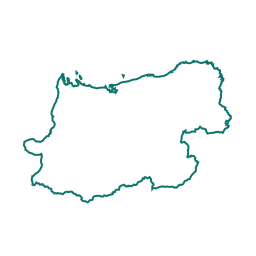 Bolaang Mongondow, Sulawesi Utara, Indonesia (Robinson projection), rotated 11°
{"feature_id": "22746128B99982169683342", "entity_name": "Bolaang Mongondow", "entity_type": "district", "adm_level": 2, "iso_a3": "IDN", "parent_name": "Indonesia", "parent_adm1": "Sulawesi Utara", "projection": "robinson", "projection_center": [124.032, 0.721], "detail": "fine", "context": "isolated", "style": "outline", "palette": "teal", "viewbox_px": 256, "rotation_deg": 11, "n_neighbors": 0, "source": "geoboundaries", "source_scale": "gbopen_adm2", "svg_char_len": 5744}
<svg xmlns="http://www.w3.org/2000/svg" viewBox="0 0 256 256"><g transform="rotate(11 128 128)"><path d="M193.0,48.0L192.7,47.3L190.4,49.0L187.3,50.3L184.1,50.0L183.0,49.3L181.7,50.0L179.6,49.6L179.6,50.5L179.1,50.2L177.9,51.8L175.8,52.8L173.2,52.8L172.4,51.9L171.8,52.3L171.1,53.5L170.5,53.6L169.5,52.9L167.3,54.2L167.2,54.8L166.4,54.7L165.5,56.4L164.9,56.7L164.8,57.3L164.2,57.4L164.3,58.8L163.5,59.3L163.0,60.3L163.4,60.8L162.8,61.7L159.0,64.8L159.5,65.0L158.5,65.2L155.8,68.3L153.1,70.1L148.1,71.9L144.4,72.5L143.6,72.3L142.5,71.5L141.2,71.9L141.8,71.1L138.1,71.6L137.9,71.9L138.7,71.7L137.8,72.6L137.8,72.0L137.1,71.9L130.9,75.3L130.7,75.9L127.3,78.4L123.4,79.7L119.7,82.0L113.0,84.4L108.7,87.8L107.2,88.3L102.6,89.0L102.0,89.7L102.1,90.6L102.6,90.1L103.6,90.6L103.9,90.3L104.9,90.5L104.4,91.3L105.4,92.3L105.3,93.0L107.6,91.5L107.8,93.1L110.1,93.2L109.3,95.5L109.1,95.2L107.6,95.7L105.6,94.9L105.1,95.7L103.8,96.3L103.3,95.9L102.8,94.0L102.4,93.9L101.9,94.7L101.2,94.7L100.9,94.1L98.8,92.8L98.9,92.4L98.0,91.3L97.4,92.8L94.7,93.2L89.8,95.0L84.4,94.7L82.3,93.3L81.7,93.3L81.3,94.3L76.8,94.5L76.3,94.2L76.3,93.3L74.7,94.1L74.1,93.5L73.0,93.3L71.7,91.8L68.0,90.3L67.9,90.8L68.3,90.8L68.9,92.1L71.0,94.2L71.1,95.5L70.6,96.1L69.9,96.1L69.3,96.6L67.6,96.6L67.2,97.4L66.5,97.5L65.5,97.0L65.1,96.0L64.6,95.7L64.0,94.6L62.5,95.3L60.9,92.8L60.6,91.3L59.4,90.5L58.9,91.0L59.8,92.2L59.7,93.3L61.5,95.3L61.0,95.4L60.5,96.5L60.1,96.1L59.2,97.2L58.6,96.9L58.3,97.3L56.6,96.0L57.0,95.3L56.9,93.8L56.6,93.6L56.5,94.2L55.5,94.1L55.3,93.2L56.0,91.9L55.5,90.8L55.4,91.6L54.4,92.2L54.1,89.6L54.4,87.7L53.4,87.5L53.0,88.4L53.2,89.3L51.1,92.8L50.3,96.3L50.6,97.8L50.2,101.7L51.5,102.8L53.0,106.4L53.2,111.7L52.6,112.5L52.3,116.1L51.4,118.6L49.9,126.7L50.3,129.0L50.9,130.2L52.4,130.9L51.8,132.2L52.6,135.2L54.0,136.1L55.4,138.1L55.3,140.0L54.6,141.8L53.1,142.9L52.3,145.2L52.9,145.5L52.6,146.2L53.1,146.6L52.6,147.4L52.9,148.3L52.2,148.3L51.7,149.5L51.7,151.1L49.6,151.7L49.2,152.8L47.5,154.8L47.1,156.4L45.0,158.2L40.0,158.7L38.2,157.4L36.9,156.9L34.0,157.9L31.6,159.3L28.9,161.5L29.2,165.1L31.0,166.8L31.5,169.1L32.9,169.4L35.5,171.0L39.0,171.3L41.3,172.2L46.4,171.1L47.7,169.9L48.1,170.2L48.3,171.5L48.9,172.0L48.7,176.4L49.7,179.4L50.5,180.2L50.6,182.4L49.4,186.3L48.2,188.4L45.4,191.1L44.4,193.1L43.2,193.6L43.4,195.7L43.2,196.9L45.0,200.5L45.0,201.9L46.1,202.2L47.1,201.9L48.5,199.0L49.8,199.8L50.6,199.4L51.5,199.5L52.4,200.5L54.8,199.4L55.5,200.4L56.9,200.6L57.7,201.6L60.2,200.8L61.9,202.3L64.2,202.3L65.1,204.7L67.7,205.7L68.2,206.3L68.9,205.8L70.5,206.0L71.2,205.3L73.5,205.5L74.3,205.0L76.6,205.5L78.4,203.1L79.8,202.3L81.3,202.3L84.9,201.1L85.9,202.0L86.6,202.0L87.1,202.8L88.8,202.7L89.3,203.2L90.1,203.3L90.3,203.9L91.8,204.0L92.6,203.4L93.4,203.4L96.1,205.4L95.8,207.1L97.3,208.1L98.9,208.3L100.1,208.0L102.2,208.7L103.0,208.4L104.4,206.1L106.6,205.5L107.0,204.3L107.0,202.7L107.5,201.8L110.0,200.6L113.1,200.0L115.1,200.3L117.0,199.9L117.5,198.6L119.8,198.9L122.9,197.0L125.4,196.1L125.8,195.5L125.3,195.1L125.1,194.5L125.8,193.6L127.4,193.3L127.6,191.6L128.7,190.7L130.8,190.4L131.1,189.0L130.8,187.5L132.0,186.1L135.1,184.4L136.6,185.5L137.7,185.8L139.1,184.7L139.6,185.1L140.0,184.6L142.8,184.3L144.7,182.3L145.7,182.7L147.4,181.9L148.0,179.5L151.6,177.1L152.1,174.7L153.3,174.9L153.7,173.2L155.0,173.0L156.5,173.7L158.1,172.8L158.5,172.1L159.0,172.4L160.4,173.9L160.5,175.3L161.6,176.8L163.3,177.6L164.0,178.7L162.9,180.6L163.5,183.2L164.1,182.0L167.4,181.9L168.2,181.1L171.8,179.0L173.1,179.1L174.1,178.5L176.0,178.7L177.4,178.0L180.0,177.9L183.2,177.0L185.1,177.8L185.9,177.2L187.0,177.3L188.6,174.9L189.1,174.7L189.2,174.1L190.0,173.6L191.5,173.7L192.9,172.3L193.8,169.3L196.0,167.9L196.6,166.9L198.4,166.4L198.9,163.8L199.8,161.6L202.6,157.5L202.6,155.5L202.1,154.0L202.4,152.3L203.0,151.2L203.4,148.2L202.3,148.3L202.0,147.5L200.4,147.0L199.8,145.9L199.9,144.7L198.0,143.0L195.9,143.3L195.7,143.0L195.0,143.4L195.1,144.0L194.5,144.4L193.7,144.1L193.1,144.3L192.4,145.4L191.8,145.1L191.9,141.2L190.9,137.7L191.3,136.5L190.6,134.1L189.1,132.6L187.2,131.7L186.2,130.8L183.3,132.2L182.5,131.3L182.7,129.4L182.4,125.4L183.2,122.5L182.9,121.2L185.0,119.5L185.2,121.4L185.8,121.6L189.3,120.8L191.6,119.2L194.7,118.8L194.4,116.4L196.0,116.2L197.1,115.5L197.9,114.5L198.5,113.0L200.8,114.4L202.0,114.2L204.8,114.6L205.1,115.9L207.2,118.3L210.2,117.0L213.4,116.3L214.2,115.5L217.4,114.5L219.2,114.9L220.6,114.2L222.0,114.6L223.3,110.4L224.3,109.5L225.2,109.2L225.7,108.2L226.4,107.8L226.3,106.7L225.6,107.0L225.3,106.7L225.5,106.2L224.9,105.4L225.0,104.6L223.9,105.6L223.9,105.0L222.8,104.5L222.9,102.8L223.5,102.0L224.6,102.3L225.8,101.6L226.2,100.9L226.0,100.3L226.8,99.8L227.1,98.6L226.5,96.6L225.6,96.5L225.0,95.6L224.0,95.5L223.9,94.9L223.0,93.8L222.2,93.4L221.7,92.3L219.7,91.4L219.5,90.5L219.8,89.3L216.0,88.5L214.8,87.6L213.6,87.3L212.9,86.2L213.3,83.6L212.8,82.7L213.5,80.9L212.8,77.5L212.8,74.4L212.1,74.1L212.2,73.6L211.6,73.3L211.3,72.4L210.8,72.6L209.9,71.9L210.1,70.2L210.7,69.1L210.7,67.2L211.1,66.9L210.9,66.4L211.3,65.8L210.9,64.4L211.4,64.2L211.4,63.3L212.3,63.4L212.4,63.0L212.1,62.6L212.2,61.7L210.8,61.9L211.4,61.1L210.8,60.1L210.3,60.8L209.4,60.0L208.4,60.2L209.4,58.8L208.7,58.9L208.9,57.3L208.2,57.4L207.5,56.6L207.7,55.1L207.2,53.8L206.1,53.9L204.4,53.0L204.3,52.2L203.1,52.5L202.2,53.3L201.2,52.9L200.5,51.8L199.8,51.3L199.4,50.5L199.5,49.5L198.6,49.9L197.7,49.0L198.0,48.2L197.5,47.7L195.6,48.6L194.5,48.4L194.8,49.4L194.5,49.7L193.0,49.6L192.7,48.8L193.0,48.0ZM67.8,83.7L66.8,83.0L67.0,84.4L67.4,84.7L67.8,83.7ZM113.9,77.2L112.9,77.1L113.7,78.3L113.9,77.2ZM71.0,87.0L71.3,86.5L70.7,86.0L70.6,86.3L71.0,87.0ZM72.6,88.1L72.5,88.8L72.8,88.8L72.9,88.4L72.6,88.1Z" fill="none" stroke="#0f766e" stroke-width="2"/></g></svg>